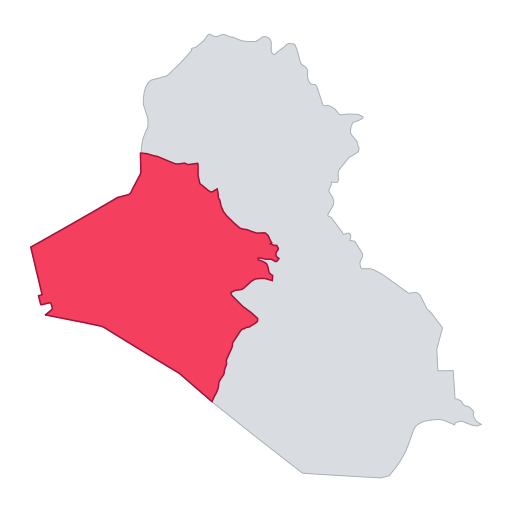 Iraq, with Al-Anbar highlighted
{"feature_id": "IRQ-3471", "entity_name": "Al-Anbar", "entity_type": "Province", "adm_level": 1, "iso_a3": "IRQ", "parent_name": "Iraq", "parent_adm1": "", "projection": "albers", "projection_center": [42.195, 32.855], "detail": "fine", "context": "in_parent", "style": "filled", "palette": "rose", "viewbox_px": 512, "rotation_deg": 0, "n_neighbors": 0, "source": "natural_earth", "source_scale": "10m", "svg_char_len": 5579}
<svg xmlns="http://www.w3.org/2000/svg" viewBox="0 0 512 512"><path d="M191.7,48.4L195.9,47.3L203.6,40.8L208.1,34.7L209.5,34.1L213.6,36.1L216.5,36.6L223.2,34.3L227.2,35.5L230.5,37.0L232.4,37.0L241.5,40.7L243.7,41.1L248.3,41.5L255.3,41.6L259.7,39.1L262.8,36.7L265.0,36.7L267.1,37.2L269.0,38.2L270.5,40.0L271.3,42.5L271.2,50.6L271.9,52.7L273.1,54.2L274.7,54.5L276.5,52.7L279.8,50.1L283.8,47.2L286.7,44.5L288.4,43.6L291.2,43.6L293.8,44.0L295.3,45.2L295.3,45.6L296.9,49.4L300.8,63.5L302.9,65.3L305.2,66.7L306.9,68.8L307.6,70.9L307.5,74.2L307.7,78.0L308.7,80.9L310.1,83.1L311.4,84.2L313.2,84.3L315.5,84.8L317.0,86.9L322.3,103.0L322.8,105.1L324.9,105.7L328.2,105.3L331.6,106.9L335.3,109.4L338.9,114.2L341.3,114.9L348.5,114.0L358.4,114.4L363.1,116.8L362.7,118.3L359.2,120.2L353.0,122.5L351.2,126.1L350.4,130.7L350.6,133.2L352.3,135.9L356.9,141.3L357.3,143.3L358.2,146.1L359.1,148.0L358.3,151.7L354.3,154.4L349.1,157.4L338.8,170.2L338.1,172.9L338.4,180.2L337.4,182.3L334.0,182.4L331.3,182.1L331.3,184.7L329.7,188.2L328.8,191.2L333.0,198.1L333.8,201.8L333.3,205.2L329.8,211.1L327.7,215.1L328.3,216.0L331.2,217.5L340.6,230.1L343.6,234.5L347.4,233.2L348.8,233.2L349.9,233.9L350.7,235.4L350.7,237.3L349.9,240.3L354.8,241.3L356.6,244.1L362.6,253.9L362.5,256.9L360.0,261.8L360.1,264.9L360.8,267.7L361.7,268.7L370.1,268.7L373.7,269.7L382.6,274.5L392.9,281.9L401.3,288.0L408.5,293.2L415.9,292.4L418.0,293.3L419.9,295.0L422.3,299.4L427.1,309.3L430.9,312.5L436.9,320.4L442.6,327.8L439.7,338.3L436.8,349.3L437.5,363.3L437.9,370.8L445.2,370.7L453.2,370.6L453.8,379.6L454.4,388.5L455.0,398.8L457.4,399.1L461.3,401.1L463.1,404.3L465.2,406.0L467.7,406.2L470.2,407.7L472.8,410.5L473.8,412.7L473.2,414.3L473.9,416.9L475.8,420.7L478.0,422.4L481.3,424.4L477.1,426.0L472.3,425.3L462.2,421.3L458.9,421.4L454.8,423.3L454.7,424.9L444.0,420.4L440.1,419.6L438.8,419.5L432.8,419.9L424.3,421.2L419.3,423.5L415.9,425.9L414.5,428.1L413.9,429.2L411.5,435.7L408.7,443.9L405.7,451.3L399.8,461.8L396.4,466.7L389.1,475.8L381.0,477.9L361.7,476.8L340.4,475.6L319.2,474.3L303.4,473.3L302.2,472.9L286.4,460.7L274.0,451.0L258.5,438.9L242.8,426.5L226.9,413.8L215.4,404.6L201.5,392.6L189.0,381.7L179.1,373.1L166.4,365.6L156.6,359.6L142.2,350.9L130.8,343.9L121.1,337.9L106.1,328.7L101.2,326.1L85.6,322.8L70.9,319.9L55.6,316.9L45.5,314.8L52.4,308.6L50.5,302.8L45.6,303.7L41.1,304.9L38.6,295.9L42.1,294.9L39.3,283.0L36.3,270.9L33.6,259.1L30.7,247.1L43.7,239.8L53.3,234.4L66.8,226.8L79.8,219.4L92.1,212.3L105.6,204.4L117.6,197.4L128.6,194.6L130.9,192.3L136.0,182.5L140.3,174.1L140.6,172.1L140.7,160.2L141.6,146.1L143.0,138.6L145.5,132.0L147.8,127.2L148.0,122.7L147.8,118.1L145.5,111.1L143.2,103.9L143.6,96.9L144.0,93.2L145.6,87.2L148.1,82.9L150.9,80.2L161.0,77.5L167.0,75.8L175.1,68.1L179.8,63.6L186.5,56.3L191.3,50.9L191.7,49.1L191.7,48.4Z" fill="#d9dde1" stroke="#a8b0b8" stroke-width="1"/><path d="M85.7,322.8L82.0,322.1L73.0,320.4L64.0,318.6L55.0,316.8L46.1,315.0L45.9,315.1L45.7,315.1L45.5,314.8L51.2,310.2L52.4,308.6L51.5,304.9L50.9,303.2L50.0,302.7L41.3,304.8L40.8,304.5L40.5,303.7L38.5,295.9L38.5,295.7L42.1,294.7L39.4,283.3L37.5,275.3L35.6,267.6L34.3,261.8L32.6,254.9L30.8,247.1L35.8,244.3L40.9,241.5L45.9,238.6L51.0,235.8L56.0,232.9L61.1,230.1L66.1,227.2L71.1,224.4L76.1,221.5L81.2,218.6L86.2,215.7L91.2,212.9L94.4,211.0L96.1,210.0L101.1,207.1L106.1,204.2L111.1,201.3L117.7,197.4L128.6,194.6L130.0,193.8L131.0,192.3L132.6,188.8L140.4,174.1L140.8,172.8L140.9,171.4L140.6,162.0L140.4,153.1L141.4,153.1L147.0,153.7L154.5,155.9L157.4,156.4L169.5,161.5L175.3,163.8L178.2,164.0L184.4,163.1L185.2,163.3L186.8,164.1L188.1,164.6L197.7,163.3L198.0,164.1L198.1,175.8L199.9,183.6L208.6,190.7L210.5,191.8L211.9,192.0L217.2,188.9L218.1,193.5L218.3,196.9L218.7,198.5L219.8,200.1L220.5,203.0L221.0,205.8L223.4,211.5L226.5,215.6L233.7,222.7L239.9,228.1L242.3,228.9L247.1,229.7L252.7,231.8L256.8,233.1L264.3,232.8L265.6,233.2L267.2,234.6L267.9,235.3L268.8,236.9L270.3,240.4L271.3,242.1L271.7,242.6L270.3,243.8L271.9,244.2L273.5,245.3L276.8,245.4L278.2,248.4L278.3,248.3L278.4,248.6L278.4,248.8L278.0,249.9L276.6,251.5L276.1,252.5L275.9,253.6L276.0,254.7L276.2,255.8L276.7,256.7L277.2,257.2L278.4,258.0L279.0,258.5L277.7,260.4L276.8,261.3L275.9,261.6L274.9,261.3L272.0,259.6L270.9,259.3L269.8,259.2L265.5,259.2L261.5,258.2L259.4,258.0L257.9,258.2L258.1,259.3L258.8,260.1L261.0,260.6L265.4,262.8L266.8,264.1L268.0,267.3L268.8,271.3L269.4,272.8L270.7,274.2L272.7,275.5L272.3,280.6L264.5,278.4L259.3,278.5L255.4,279.0L251.9,280.8L243.5,288.4L242.3,289.3L241.8,289.4L240.8,289.6L235.3,290.4L233.2,291.3L230.8,292.6L231.1,294.2L232.2,295.8L243.0,306.6L250.6,312.1L252.8,314.0L257.7,318.5L257.7,319.6L257.5,321.2L256.7,322.2L255.9,322.9L251.7,325.4L250.5,326.3L249.9,326.7L249.2,327.0L246.3,327.5L245.7,327.7L244.4,328.7L244.0,328.7L243.1,328.8L242.3,329.2L241.5,329.9L240.2,331.3L233.2,342.0L232.5,343.2L232.5,344.9L232.3,346.4L231.6,348.4L226.8,359.0L226.4,360.3L226.3,361.2L226.3,361.9L226.4,362.4L226.6,362.8L226.6,363.6L226.4,364.7L224.6,369.5L224.5,370.2L224.2,372.8L223.9,374.0L223.6,374.7L221.0,378.4L219.4,381.2L219.1,382.0L218.9,382.5L218.4,387.3L217.8,389.2L216.5,392.5L213.5,398.1L212.3,401.0L212.0,401.6L211.0,400.8L206.6,397.0L202.2,393.2L197.8,389.4L193.9,386.0L190.0,382.6L186.1,379.2L182.2,375.8L179.1,373.2L175.0,370.7L171.0,368.3L166.9,365.9L162.9,363.4L158.9,361.0L154.8,358.6L150.8,356.1L146.8,353.7L142.8,351.3L138.8,348.8L134.8,346.4L130.8,343.9L126.8,341.5L122.8,339.0L118.8,336.5L114.8,334.1L110.8,331.6L106.2,328.7L103.7,327.2L101.2,326.2L85.7,322.9L85.7,322.8Z" fill="#f43f5e" stroke="#9f1239" stroke-width="1.5"/></svg>